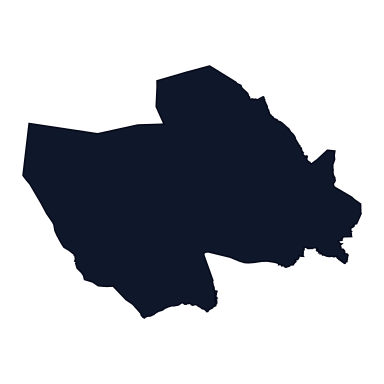 Nord-Odal nor, Hedmark, Norway
{"feature_id": "86288312B23847912636129", "entity_name": "Nord-Odal nor", "entity_type": "district", "adm_level": 2, "iso_a3": "NOR", "parent_name": "Norway", "parent_adm1": "Hedmark", "projection": "robinson", "projection_center": [11.686, 60.44], "detail": "fine", "context": "isolated", "style": "filled", "palette": "ink", "viewbox_px": 384, "rotation_deg": 0, "n_neighbors": 0, "source": "geoboundaries", "source_scale": "gbopen_adm2", "svg_char_len": 6027}
<svg xmlns="http://www.w3.org/2000/svg" viewBox="0 0 384 384"><path d="M344.3,263.3L344.9,263.3L344.7,262.9L345.1,262.9L345.3,262.1L346.2,261.7L346.6,261.8L346.7,261.4L347.0,261.3L346.9,261.0L347.1,259.5L347.3,259.4L347.1,258.8L347.4,258.1L347.7,256.0L348.0,255.5L347.7,255.0L347.8,254.5L346.8,253.9L345.0,253.9L344.2,253.4L344.8,252.1L344.5,251.5L344.5,250.9L344.0,250.6L343.4,249.4L341.4,249.2L340.8,248.0L341.0,247.7L340.7,246.8L340.1,246.4L340.6,244.9L341.8,243.8L340.7,243.8L339.7,243.3L338.3,241.3L338.7,240.9L339.5,240.6L342.0,240.3L342.1,238.7L343.3,236.8L351.6,236.6L351.2,234.4L351.4,233.3L350.7,232.2L350.7,231.7L351.4,231.3L350.7,230.9L350.7,229.3L350.4,228.8L351.2,228.1L351.3,227.8L352.4,227.3L353.6,226.5L353.5,226.1L354.0,226.1L354.1,225.4L353.8,225.3L353.8,225.1L354.0,225.0L354.3,224.2L356.6,223.7L360.0,216.1L361.0,213.6L360.8,213.6L360.6,204.0L354.2,199.5L351.9,197.3L335.0,187.4L334.5,187.0L333.6,185.8L333.3,183.2L334.1,182.7L334.7,181.8L334.8,180.8L335.2,180.6L334.8,179.5L335.0,179.1L334.7,177.3L334.1,176.7L333.5,176.5L333.3,176.0L333.7,175.7L333.0,174.3L333.2,173.9L332.9,173.3L333.0,171.3L332.5,170.8L333.1,170.2L333.1,169.2L332.6,168.4L332.8,168.0L332.7,167.3L332.9,166.4L332.7,166.1L332.8,166.0L332.6,165.2L334.6,159.5L334.2,155.3L334.9,151.0L327.4,150.2L317.4,159.5L311.1,164.2L310.9,164.0L311.1,163.8L310.4,163.5L309.9,162.4L308.1,161.5L306.4,159.0L306.8,158.4L306.7,158.1L306.7,157.6L306.9,157.5L306.8,157.3L307.3,156.8L307.2,156.3L306.4,155.9L305.7,156.1L305.4,156.5L305.4,156.8L305.0,156.6L304.4,156.3L304.2,155.8L303.2,154.7L302.4,153.1L303.2,152.9L303.3,152.8L302.2,151.5L301.7,151.3L301.8,150.6L301.7,150.1L301.3,149.9L301.4,149.4L300.9,148.7L301.3,148.4L301.2,148.0L300.0,147.3L299.9,146.6L299.2,146.2L299.4,145.9L299.2,145.9L299.4,145.8L295.8,139.8L295.2,138.5L295.2,137.7L294.2,135.8L292.5,133.7L290.7,132.1L288.6,128.7L285.8,126.5L284.6,125.2L283.2,124.1L282.4,123.2L280.8,122.3L280.5,121.9L277.9,121.1L277.4,120.5L277.4,120.1L276.7,119.6L274.2,118.7L273.0,118.0L272.9,117.6L273.2,117.4L273.0,117.1L272.2,116.7L270.8,115.2L270.3,115.1L270.5,114.8L269.5,114.0L269.2,112.4L268.7,111.4L268.6,110.2L267.6,108.8L267.1,107.5L267.3,106.9L267.0,105.8L266.5,105.4L266.5,104.8L265.4,102.8L265.5,102.3L264.3,101.1L264.6,100.7L264.7,99.7L264.1,99.2L264.2,98.9L263.9,98.4L264.0,97.8L263.5,96.8L263.1,96.8L256.9,100.1L255.8,99.1L254.9,99.4L254.1,99.5L253.8,99.2L253.2,99.5L252.3,98.9L250.2,99.5L249.9,99.2L249.8,98.7L249.3,98.3L249.6,97.7L249.5,97.1L248.3,95.8L248.1,94.6L247.6,93.4L241.9,88.0L240.8,85.3L237.1,83.7L236.2,82.9L236.1,82.4L209.6,66.0L187.6,71.9L157.0,80.8L157.1,87.0L156.2,106.6L163.9,123.8L163.8,124.2L137.8,125.0L97.6,133.8L29.1,123.5L23.0,175.4L26.4,179.9L29.9,184.0L41.1,203.1L46.7,213.5L52.8,222.4L53.9,224.6L55.0,230.8L57.4,236.1L58.0,236.9L58.7,238.4L61.3,243.1L63.9,247.2L69.1,250.3L74.9,254.9L74.4,255.2L74.8,255.6L74.9,256.1L75.3,256.7L75.2,257.7L75.5,258.8L74.8,261.2L75.8,261.4L75.8,261.7L76.3,262.6L76.2,263.3L75.7,263.6L76.3,264.9L76.4,266.1L76.7,266.5L77.2,268.3L81.6,272.6L83.6,275.7L84.5,279.5L92.7,282.0L98.4,285.8L106.5,286.4L113.1,286.1L126.2,299.8L131.8,303.5L134.2,305.6L135.2,307.0L137.0,308.9L140.7,313.2L141.5,315.7L142.2,316.2L142.6,316.2L143.0,316.8L142.9,317.2L144.4,318.0L145.3,317.0L146.2,316.8L146.6,316.3L150.8,315.9L151.3,315.5L154.0,314.3L155.0,313.3L158.5,311.2L161.5,310.4L163.2,309.6L164.8,308.2L166.9,307.5L167.3,307.1L171.5,305.8L174.0,305.8L178.3,305.0L179.3,304.5L180.4,303.5L182.1,302.7L182.8,302.7L184.9,304.3L186.2,304.2L186.4,303.8L187.1,303.8L187.9,303.3L188.7,303.6L189.5,303.0L191.1,304.1L191.2,304.6L192.7,305.2L193.4,305.1L194.2,304.6L195.9,304.6L198.0,305.4L198.3,306.3L200.1,306.9L202.2,308.7L204.3,309.1L205.1,309.8L205.9,310.3L206.6,311.6L207.8,311.5L208.1,311.0L208.0,310.7L208.2,310.4L209.8,309.3L209.7,309.1L211.3,308.5L212.0,307.9L212.5,307.9L213.3,306.7L215.7,305.6L215.2,304.8L215.3,304.5L216.6,303.7L216.6,302.9L216.2,302.7L216.8,302.0L216.7,301.8L216.4,301.9L216.5,301.8L216.2,301.5L216.4,301.2L216.1,301.2L216.3,301.0L216.1,300.9L216.0,300.4L215.5,300.4L215.6,300.1L216.0,299.9L215.6,299.7L216.0,299.6L215.5,299.6L215.7,299.4L216.0,299.3L215.7,299.0L216.3,298.6L215.9,298.2L216.4,298.1L215.6,297.7L216.2,297.4L216.1,297.0L215.3,297.1L215.5,296.7L215.8,296.7L215.4,296.4L215.5,296.1L214.7,296.1L214.6,295.9L215.8,295.3L215.2,294.7L215.8,294.5L215.4,294.1L215.8,294.1L216.1,294.3L216.3,294.1L216.0,293.6L216.3,293.3L216.4,293.0L215.4,293.0L215.2,292.8L216.7,292.1L216.9,291.8L216.4,291.5L216.5,291.1L215.5,291.2L214.6,290.5L214.3,289.8L213.3,289.3L213.9,289.0L214.1,288.7L213.9,288.1L214.0,287.4L213.6,287.0L213.7,286.5L212.9,284.6L212.9,283.4L212.6,282.7L212.5,281.1L212.9,280.5L203.7,254.8L204.0,253.2L204.9,252.5L206.1,252.0L208.4,251.9L230.2,257.2L239.7,261.1L244.7,262.6L248.6,262.8L253.9,262.4L262.1,261.2L267.5,261.1L274.4,262.2L277.4,263.0L278.9,263.8L278.7,264.7L280.1,264.3L281.5,265.1L281.7,265.9L283.2,265.6L284.6,266.2L285.1,267.1L286.0,267.2L289.7,266.0L290.2,265.0L290.5,264.8L292.2,265.0L293.5,264.6L293.6,263.5L294.2,263.3L294.8,262.5L295.7,261.8L295.3,261.6L295.4,260.8L294.7,260.4L295.4,259.9L296.9,259.8L297.9,259.2L298.8,257.7L298.8,257.1L299.1,256.3L299.1,255.8L300.5,256.1L303.4,256.3L302.9,255.3L303.1,254.6L302.8,253.8L303.3,253.0L302.9,251.2L303.4,250.8L304.1,249.4L304.0,247.8L304.4,247.1L307.0,247.3L307.2,248.3L308.5,248.6L310.4,248.4L310.9,248.0L312.0,248.6L313.0,248.0L315.3,247.6L315.8,248.0L316.8,248.1L317.7,248.8L317.7,249.1L316.8,249.5L317.0,249.8L316.8,250.2L317.3,250.2L317.2,251.0L318.5,251.0L318.5,251.6L318.8,252.0L319.4,252.0L319.0,252.7L320.2,252.6L320.4,253.0L320.2,253.2L320.4,253.4L320.3,253.7L321.3,253.5L322.0,253.9L322.1,254.5L322.7,255.1L323.9,254.8L324.3,255.2L325.1,255.1L326.1,256.0L329.1,256.5L332.5,256.2L333.6,256.8L335.2,256.5L335.5,256.1L336.2,256.4L336.8,256.2L337.2,256.4L337.0,257.2L337.5,257.4L337.5,258.2L339.2,258.9L339.0,259.5L340.0,259.8L340.3,260.4L341.6,260.7L341.5,261.3L343.1,262.3L344.3,263.3Z" fill="#0f172a" stroke="#020617" stroke-width="1.5"/></svg>